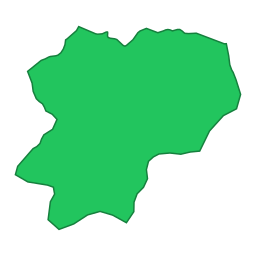 the Province of Artvin
{"feature_id": "TUR-2298", "entity_name": "Artvin", "entity_type": "Province", "adm_level": 1, "iso_a3": "TUR", "parent_name": "Turkey", "parent_adm1": "", "projection": "albers", "projection_center": [41.741, 41.035], "detail": "fine", "context": "isolated", "style": "filled", "palette": "green", "viewbox_px": 256, "rotation_deg": 0, "n_neighbors": 0, "source": "natural_earth", "source_scale": "10m", "svg_char_len": 1241}
<svg xmlns="http://www.w3.org/2000/svg" viewBox="0 0 256 256"><path d="M224.2,43.8L226.3,43.7L228.7,55.9L229.8,64.8L231.7,70.0L233.1,72.3L236.0,79.7L240.6,94.4L236.5,108.8L223.4,115.6L209.5,131.0L199.7,151.1L190.3,152.0L180.8,154.2L169.8,153.0L158.9,154.0L153.4,156.9L148.5,161.3L146.4,169.6L147.5,178.7L143.5,187.3L137.1,193.8L134.0,202.2L133.8,211.7L126.4,222.7L112.6,215.1L100.1,211.4L87.6,214.9L73.8,223.9L59.0,229.4L48.1,219.7L50.4,201.7L54.6,194.1L53.4,187.2L47.6,185.1L27.8,181.9L15.4,174.7L17.7,166.3L33.1,148.6L36.8,146.6L40.0,143.5L41.5,139.2L43.9,134.8L52.6,129.3L57.0,119.4L52.2,114.2L45.9,111.0L44.4,107.2L42.5,103.8L39.2,101.5L36.3,98.7L33.2,91.4L32.1,83.1L27.9,72.1L27.6,71.5L27.6,71.4L41.2,60.4L45.2,58.9L48.6,57.1L50.3,56.5L55.9,55.8L58.0,55.1L60.9,52.8L63.3,49.1L65.0,44.6L65.6,39.9L67.2,38.8L76.5,30.6L78.7,26.6L95.6,33.8L97.6,34.2L102.3,33.8L106.3,32.0L107.5,32.0L107.7,32.8L107.6,34.4L107.5,36.1L108.2,37.5L110.1,38.2L114.7,38.8L116.8,39.5L123.1,45.4L125.0,46.2L126.6,45.3L132.9,39.8L137.9,32.7L140.0,31.0L146.4,28.4L157.8,32.7L163.4,30.9L165.7,29.9L167.9,29.5L170.1,29.9L172.4,30.9L177.4,29.5L179.8,29.5L182.0,30.9L184.7,33.3L188.5,33.6L196.3,33.2L224.2,43.8Z" fill="#22c55e" stroke="#15803d" stroke-width="1.5"/></svg>